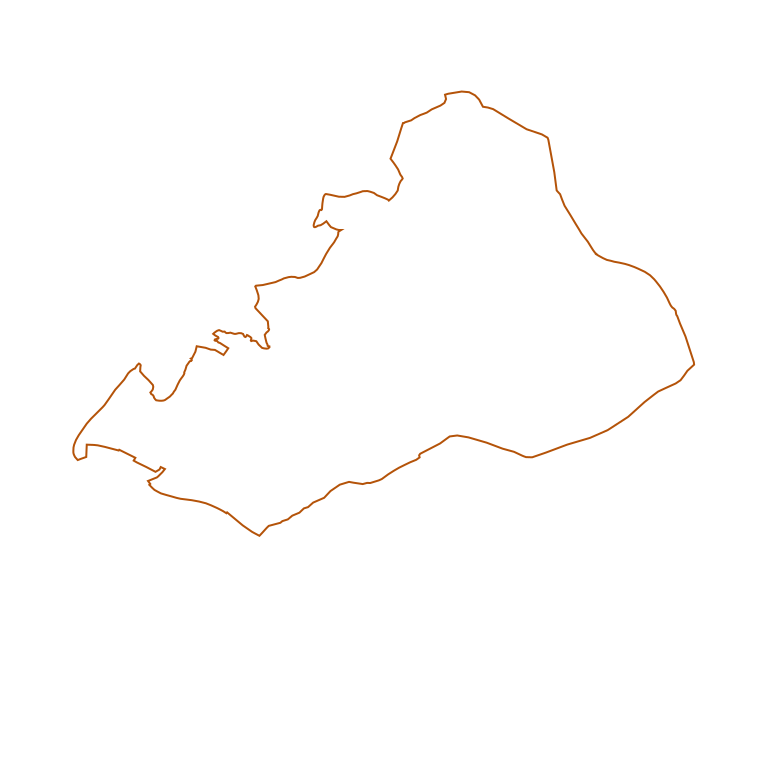 Santana De Mures, Mures, Romania, rotated 140°
{"feature_id": "2599482B65561652185041", "entity_name": "Santana De Mures", "entity_type": "district", "adm_level": 2, "iso_a3": "ROU", "parent_name": "Romania", "parent_adm1": "Mures", "projection": "natural_earth1", "projection_center": [24.515, 46.596], "detail": "fine", "context": "isolated", "style": "outline", "palette": "amber", "viewbox_px": 768, "rotation_deg": 140, "n_neighbors": 0, "source": "geoboundaries", "source_scale": "gbopen_adm2", "svg_char_len": 5266}
<svg xmlns="http://www.w3.org/2000/svg" viewBox="0 0 768 768"><g transform="rotate(140 384 384)"><path d="M151.3,566.4L152.3,564.4L153.3,562.4L155.1,561.5L157.0,560.5L161.8,561.0L170.9,563.7L176.8,564.4L180.0,565.5L183.3,566.7L189.7,568.1L193.7,568.5L199.8,571.0L200.7,571.0L201.7,571.7L206.4,568.8L217.9,561.4L230.0,554.7L234.2,552.4L234.4,547.8L234.7,544.1L235.3,539.2L236.9,533.9L237.1,531.0L237.6,529.4L238.5,529.1L240.9,528.7L243.6,527.5L246.2,525.9L249.1,523.4L253.2,522.2L257.6,521.5L262.4,521.4L262.4,522.5L263.9,525.7L265.8,529.2L268.0,533.1L268.9,536.8L271.0,540.2L272.6,542.4L276.3,545.3L278.7,546.2L282.6,547.8L285.8,549.4L289.1,550.5L293.9,552.7L298.2,556.5L303.7,563.7L306.4,566.9L307.3,567.1L308.3,566.9L310.0,566.2L311.6,565.0L315.1,561.9L317.0,560.0L319.1,557.8L320.1,557.5L320.6,558.2L321.5,558.5L322.4,558.2L323.9,557.4L326.8,555.3L329.2,554.4L331.2,553.8L333.3,552.7L335.8,550.9L336.4,550.0L336.6,549.1L336.1,548.5L334.7,548.0L332.8,547.7L330.5,546.4L327.5,545.9L323.5,545.7L323.8,541.1L323.8,538.3L321.1,533.0L319.6,531.0L317.8,529.5L320.7,529.9L321.5,529.6L322.8,528.2L324.6,526.9L327.1,526.1L331.2,524.6L337.9,523.1L344.8,520.8L349.9,518.7L354.3,516.8L357.5,515.9L361.6,514.7L365.6,514.6L370.9,516.0L375.7,517.3L380.1,519.3L381.9,520.7L383.4,523.2L386.1,525.7L388.4,527.2L392.9,529.3L395.1,529.8L398.1,530.8L401.6,531.8L413.2,537.7L418.9,541.6L419.9,541.5L421.2,537.6L423.2,532.7L425.3,529.7L427.8,528.0L430.7,526.8L433.1,526.1L433.7,524.6L432.7,506.7L436.1,501.8L436.8,501.3L436.7,500.7L436.8,499.8L437.7,499.2L439.2,498.9L440.8,499.0L443.8,498.3L445.5,495.1L447.5,491.0L447.7,489.9L448.1,488.7L448.6,488.1L448.5,487.6L447.6,486.5L448.1,485.8L449.8,485.7L451.2,486.5L453.0,488.4L454.2,490.1L454.7,494.8L454.5,496.9L454.3,498.8L455.2,500.0L456.5,501.5L458.1,502.2L458.1,502.9L457.0,503.6L456.1,504.4L456.1,505.8L456.7,507.5L457.1,508.9L457.5,509.6L458.9,509.0L460.0,509.1L460.4,509.9L460.2,511.4L459.8,512.9L460.8,514.8L462.7,516.4L465.4,517.7L466.5,518.7L468.7,522.1L470.5,523.1L471.9,524.2L472.3,525.2L472.4,526.6L474.0,527.8L474.8,529.6L475.7,531.3L477.5,532.0L479.2,532.2L481.0,532.3L482.6,532.2L482.1,529.7L480.9,526.6L481.2,525.6L482.0,525.4L483.4,526.2L485.0,526.8L485.7,526.3L485.5,525.6L484.2,524.3L484.2,522.3L483.3,520.9L481.8,516.1L480.3,511.5L483.8,510.5L488.3,509.4L491.6,518.8L494.6,521.7L497.4,526.4L503.2,533.3L507.7,530.0L514.3,527.2L515.6,527.6L515.5,526.6L515.9,525.8L517.0,525.6L517.9,526.2L519.1,526.1L520.4,525.7L523.5,524.9L526.8,522.7L529.6,521.3L530.1,520.5L531.4,519.8L533.3,519.2L534.6,518.9L535.9,518.6L538.1,518.0L542.4,516.2L547.5,513.7L549.8,513.2L552.0,512.4L553.6,512.3L556.1,512.0L559.4,512.3L562.0,512.5L563.4,513.0L564.8,513.9L566.4,515.2L567.3,516.1L569.0,518.0L569.1,519.6L568.9,521.5L568.3,522.6L568.2,524.5L568.8,525.8L568.4,527.7L567.0,527.8L564.7,528.4L562.6,530.1L561.7,531.8L561.9,538.4L562.6,544.5L562.7,550.4L559.9,553.4L558.3,554.8L558.2,556.1L558.6,557.2L560.8,557.1L564.9,555.9L566.2,556.5L570.1,556.9L573.2,556.6L580.1,554.4L587.7,553.2L593.5,552.4L594.6,552.1L604.7,549.3L611.6,547.5L614.4,547.1L630.8,545.7L637.2,544.7L650.7,541.0L655.9,539.1L660.5,536.6L662.7,534.9L665.1,532.3L666.2,530.9L666.9,529.4L667.6,526.8L667.5,522.6L664.6,521.6L659.0,519.5L650.7,528.6L645.3,523.7L642.7,521.0L638.3,515.3L630.0,503.6L629.1,503.8L621.9,487.3L625.0,486.2L623.7,482.7L619.4,473.1L615.5,463.6L611.0,462.8L608.4,463.9L606.5,459.7L610.4,458.9L616.3,458.4L618.0,458.4L627.1,461.4L627.3,457.7L628.6,457.6L628.3,453.5L627.9,450.4L626.6,447.0L625.2,443.6L622.1,438.9L619.2,434.7L616.1,430.1L613.6,426.8L609.6,422.5L605.9,418.5L601.2,412.8L597.1,407.1L594.5,402.3L591.6,396.3L590.3,393.3L588.9,389.8L588.6,388.8L587.8,386.3L586.7,386.5L583.6,369.3L583.1,366.5L581.6,361.0L580.1,355.5L578.8,352.2L577.0,347.8L572.7,348.3L569.1,348.8L566.1,349.2L563.5,349.4L552.6,344.3L550.0,344.3L544.7,342.1L538.9,342.1L531.5,339.8L525.3,340.2L521.3,338.5L514.5,338.7L503.0,335.3L493.8,336.4L482.6,335.3L473.7,331.5L470.9,328.1L464.6,321.0L460.5,319.1L458.2,317.0L449.9,313.5L446.7,312.6L438.9,312.1L432.1,311.2L426.3,310.2L419.7,308.6L414.2,307.2L408.0,305.2L403.9,304.9L402.9,306.8L401.1,307.3L379.3,302.4L371.6,301.9L367.4,301.6L361.0,297.5L353.6,288.8L343.1,273.1L334.7,258.2L328.0,248.5L324.1,240.1L323.2,238.4L322.2,236.7L317.6,232.6L304.1,227.4L282.6,219.8L260.8,210.3L242.3,204.9L218.1,201.9L196.1,202.7L184.6,202.3L178.8,202.0L171.0,199.9L160.2,196.9L154.3,196.3L148.6,197.6L143.1,199.1L134.0,199.5L132.6,201.6L122.5,226.6L118.4,240.0L115.7,247.6L115.7,248.6L115.2,249.9L113.5,252.6L113.4,255.0L114.0,257.4L113.9,259.7L113.4,262.0L112.7,264.6L111.7,268.3L110.6,274.9L109.9,281.4L109.7,287.7L109.7,290.5L110.3,296.3L112.1,302.3L115.2,309.0L117.0,312.6L119.8,317.5L122.2,321.1L125.9,325.9L129.0,329.6L131.0,332.5L133.5,335.8L135.3,339.6L137.2,344.5L138.0,346.9L137.7,346.9L138.0,348.8L137.8,352.1L137.2,356.5L136.4,362.0L136.2,367.4L136.0,372.4L135.2,377.0L134.3,383.2L132.6,393.9L131.1,404.5L130.9,405.1L129.0,410.9L127.1,416.2L127.2,417.8L127.3,420.0L127.3,421.3L117.4,436.8L107.4,454.4L101.1,465.5L100.4,467.5L102.6,473.7L111.0,487.5L118.1,507.7L123.7,524.4L126.7,529.0L130.0,532.8L128.3,540.7L128.7,546.6L131.2,552.8L136.5,558.1L148.3,565.1L151.3,566.4Z" fill="none" stroke="#b45309" stroke-width="2"/></g></svg>